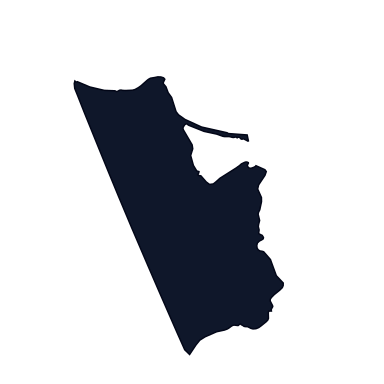 an SVG outline of Kaliningrad, rotated 64°
{"feature_id": "RUS-2324", "entity_name": "Kaliningrad", "entity_type": "Region", "adm_level": 1, "iso_a3": "RUS", "parent_name": "Russia", "parent_adm1": "", "projection": "albers", "projection_center": [21.339, 54.816], "detail": "fine", "context": "isolated", "style": "filled", "palette": "ink", "viewbox_px": 384, "rotation_deg": 64, "n_neighbors": 0, "source": "natural_earth", "source_scale": "10m", "svg_char_len": 2569}
<svg xmlns="http://www.w3.org/2000/svg" viewBox="0 0 384 384"><g transform="rotate(64 192 192)"><path d="M206.2,116.3L209.0,119.1L214.8,129.0L218.1,131.7L227.4,132.0L231.2,133.8L237.7,138.9L239.3,141.0L240.9,142.3L247.2,143.7L250.4,146.4L252.2,147.6L255.5,148.3L257.7,149.8L258.6,150.2L259.4,149.8L261.8,147.9L264.2,147.7L265.3,148.5L265.6,150.3L265.6,152.9L266.5,155.6L268.6,157.3L271.1,158.1L273.2,157.8L274.9,156.6L275.9,155.1L277.1,153.8L287.1,151.1L288.8,151.3L304.2,152.9L313.8,149.9L316.1,151.1L316.6,151.7L317.5,152.7L318.6,155.9L320.3,163.2L321.6,166.8L322.7,168.7L324.2,169.5L329.4,169.4L330.3,169.6L330.9,170.3L331.6,171.4L332.5,172.4L333.8,172.8L332.8,175.0L333.6,176.2L339.1,178.7L340.3,180.0L341.1,182.1L342.6,188.6L343.1,191.5L342.9,194.4L341.8,197.2L340.4,198.8L337.5,201.0L336.3,203.2L335.6,204.1L334.0,205.0L333.0,205.8L332.2,206.1L331.9,206.3L331.7,207.1L331.9,207.9L332.2,208.6L332.2,209.2L330.2,212.3L329.8,213.4L329.8,215.1L330.5,218.8L330.6,220.5L330.3,223.4L328.4,231.1L327.9,243.7L328.6,250.0L331.2,255.5L337.0,265.4L330.6,267.7L312.9,267.1L291.0,266.2L264.9,265.1L238.8,263.9L198.1,261.9L164.5,260.0L137.4,258.3L110.4,256.5L74.1,254.0L54.8,252.5L47.5,252.0L42.9,250.3L40.9,248.6L42.5,247.9L42.6,246.7L52.8,237.8L62.2,226.3L67.2,217.0L67.8,216.4L68.1,216.3L68.5,216.1L68.8,215.3L68.9,214.6L68.8,212.7L68.9,212.0L69.4,210.9L70.4,209.6L71.8,206.9L74.4,200.9L74.9,198.3L74.7,194.5L74.2,191.4L71.9,183.1L71.6,181.6L71.5,179.5L72.8,175.1L73.5,172.3L75.0,169.5L76.9,167.5L78.7,167.0L81.0,169.8L82.1,170.3L86.0,169.3L92.3,169.9L98.1,168.9L112.8,171.1L116.7,170.3L123.7,166.5L137.8,154.9L154.1,134.5L155.4,133.7L164.9,117.4L170.8,118.9L170.8,119.4L167.4,121.9L166.4,122.9L166.6,123.4L166.6,123.5L166.0,124.6L163.8,125.3L162.9,126.5L163.1,127.7L162.1,128.1L161.7,128.6L161.5,129.7L161.1,131.0L160.4,132.0L158.9,133.7L158.2,134.8L156.5,138.4L155.5,139.8L150.8,144.4L142.8,154.6L130.7,165.6L129.8,166.2L129.0,166.4L128.4,166.9L128.2,168.3L128.4,169.1L129.1,170.3L129.9,171.5L130.6,172.2L132.4,172.5L149.7,171.2L153.5,172.4L158.6,177.2L168.7,179.1L175.2,178.5L176.2,177.4L176.7,176.8L177.7,177.5L178.6,178.6L178.8,179.1L179.9,178.9L180.5,178.2L180.9,177.5L181.4,176.9L189.2,174.8L192.9,172.9L194.1,169.3L193.4,166.1L191.9,160.9L189.7,141.2L189.4,139.9L189.4,139.3L188.6,135.8L188.4,135.5L188.4,131.9L188.6,130.5L189.1,129.5L190.3,128.5L191.1,128.9L191.7,130.0L192.3,130.6L193.5,130.7L194.6,130.6L195.6,130.0L196.4,128.9L196.7,127.5L196.9,125.5L196.8,123.7L196.4,123.0L203.9,116.7L206.2,116.3Z" fill="#0f172a" stroke="#020617" stroke-width="1.5"/></g></svg>